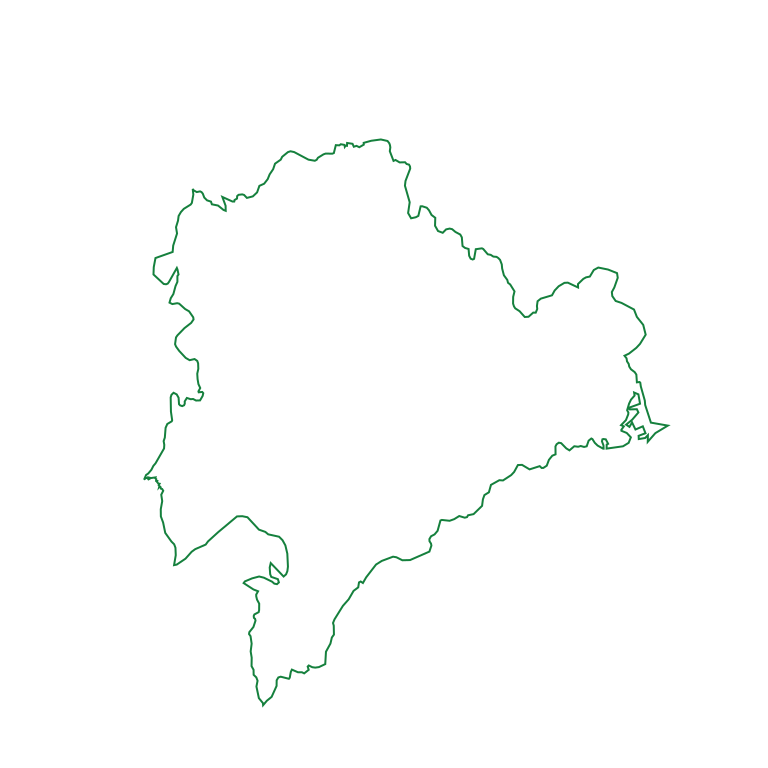 Betioky Atsimo, Atsimo-Andrefana, Madagascar (Robinson projection), rotated 338°
{"feature_id": "10022922B63491232053463", "entity_name": "Betioky Atsimo", "entity_type": "district", "adm_level": 2, "iso_a3": "MDG", "parent_name": "Madagascar", "parent_adm1": "Atsimo-Andrefana", "projection": "robinson", "projection_center": [44.506, -23.693], "detail": "fine", "context": "isolated", "style": "outline", "palette": "green", "viewbox_px": 768, "rotation_deg": 338, "n_neighbors": 0, "source": "geoboundaries", "source_scale": "gbopen_adm2", "svg_char_len": 6166}
<svg xmlns="http://www.w3.org/2000/svg" viewBox="0 0 768 768"><g transform="rotate(338 384 384)"><path d="M440.1,146.7L438.9,149.3L437.6,148.7L436.5,149.4L436.9,147.5L435.5,146.6L433.7,145.5L432.0,146.0L428.8,144.5L424.0,151.1L422.4,151.1L416.2,148.5L413.9,148.4L407.5,149.5L405.6,150.9L403.5,151.1L398.0,147.7L387.6,135.3L384.5,133.2L381.8,133.0L374.7,135.2L372.3,137.3L365.5,138.9L361.7,143.3L356.5,146.8L352.9,150.5L347.9,153.4L342.7,153.6L338.1,158.8L332.7,160.9L326.6,160.1L325.1,156.3L323.6,155.1L320.0,154.1L318.2,154.8L317.2,157.0L314.4,157.4L313.5,158.7L311.9,158.1L304.2,150.0L303.9,159.4L302.1,164.1L300.4,162.5L297.0,156.4L291.7,152.9L291.9,150.1L288.7,147.4L287.2,143.8L287.3,139.6L286.7,137.7L285.6,136.5L282.3,135.9L280.1,133.2L279.7,131.5L278.2,136.9L273.7,144.1L272.0,145.2L264.0,146.6L260.1,148.5L256.5,151.3L254.2,155.4L249.9,160.7L248.5,166.9L240.4,176.7L237.5,182.4L219.3,181.6L214.3,189.4L211.3,196.1L217.2,208.7L219.3,209.9L221.1,209.9L222.9,208.8L235.4,198.8L235.4,200.6L234.5,205.5L232.9,206.5L230.7,211.9L227.4,215.1L222.4,221.7L218.4,224.6L215.6,228.2L217.7,230.6L222.5,231.6L224.2,232.8L227.7,240.0L230.5,243.6L232.1,250.7L231.6,252.8L228.1,255.1L220.0,257.4L210.7,261.5L208.6,262.9L205.2,268.8L205.2,271.4L206.5,276.6L209.9,285.5L212.7,289.1L217.7,289.9L219.5,292.6L219.4,295.2L217.5,300.4L214.7,304.5L213.0,309.6L211.9,314.6L212.1,318.9L209.2,321.3L209.1,322.3L212.5,323.3L213.0,324.8L211.4,327.1L207.3,330.3L203.5,328.9L201.4,326.4L199.1,325.7L196.0,323.1L192.7,325.5L191.9,327.6L190.7,328.8L188.6,328.9L186.9,327.4L186.4,325.9L188.4,319.8L187.9,316.0L185.6,313.3L182.9,314.4L181.2,316.5L176.1,329.8L174.0,338.3L173.2,339.1L168.1,339.9L165.1,342.8L160.7,351.6L158.3,354.4L157.5,358.1L155.9,361.4L142.4,372.0L139.5,373.5L136.2,376.4L131.8,378.7L129.4,379.2L125.7,382.8L128.1,381.9L129.5,382.7L129.9,384.2L131.0,384.1L130.9,382.6L132.7,383.9L137.2,385.0L136.6,385.7L137.2,386.9L136.4,388.4L137.5,389.0L136.9,389.8L137.5,391.8L138.5,392.4L137.2,393.4L137.6,394.4L136.8,395.5L137.7,395.1L138.2,395.8L138.0,397.5L139.0,398.3L139.3,400.3L136.0,403.2L134.5,409.5L130.1,416.5L127.5,423.2L127.3,429.7L125.4,440.1L127.9,450.5L129.4,454.0L129.3,457.7L126.8,464.7L121.5,473.3L124.2,473.8L134.5,471.6L142.8,467.5L147.1,466.4L158.5,466.1L161.9,464.0L174.9,459.2L198.1,451.7L203.1,453.5L207.5,456.4L213.5,472.2L218.6,476.7L220.3,480.0L229.5,486.3L231.4,490.8L232.1,496.7L230.8,505.1L226.5,517.4L224.3,521.3L221.9,523.8L218.8,524.9L211.9,507.6L209.3,511.3L207.2,517.8L207.2,520.6L212.5,525.2L212.2,528.6L209.8,529.5L207.5,528.0L206.2,525.4L200.1,518.6L196.1,515.7L188.9,514.8L181.1,514.9L179.3,516.0L186.0,525.6L189.6,529.0L186.6,531.4L186.0,533.0L185.5,536.3L186.0,540.9L183.5,546.9L182.3,548.6L177.5,549.1L176.3,550.3L175.8,552.1L176.5,553.5L176.2,555.3L171.9,560.4L166.2,563.6L165.2,565.3L165.8,567.8L164.0,575.2L160.2,582.0L158.8,588.2L155.5,596.0L156.0,600.1L154.2,604.8L155.7,608.2L155.6,611.8L152.4,616.7L150.3,628.4L152.2,634.5L151.6,636.5L156.7,633.8L162.6,632.0L171.3,623.7L173.5,618.5L176.1,616.5L178.6,616.7L185.4,621.7L186.6,621.0L189.7,616.1L191.6,614.3L196.2,619.0L199.9,620.5L201.6,622.4L207.1,620.8L207.4,617.4L208.8,616.8L211.4,619.7L214.0,621.2L217.6,622.1L224.6,621.7L229.9,610.5L237.1,604.6L240.7,599.5L243.7,597.6L246.9,589.2L247.2,586.5L249.9,583.7L262.8,574.3L270.6,570.4L278.3,564.4L283.9,562.9L286.5,558.6L288.4,558.4L289.9,560.6L295.0,556.6L309.0,548.4L315.7,547.2L327.7,547.5L330.6,549.3L335.0,554.3L342.2,557.0L363.3,556.4L367.4,551.6L367.8,549.6L367.3,546.8L368.0,544.8L370.6,542.8L374.5,542.4L378.7,540.2L385.2,531.7L386.7,531.7L393.6,535.4L398.5,535.6L404.3,534.6L408.8,538.2L411.1,538.5L412.8,537.2L418.3,538.2L429.3,533.7L432.5,528.0L435.5,524.6L440.7,523.7L445.4,517.6L454.9,516.4L458.2,518.0L467.8,516.1L471.7,514.3L477.8,509.3L481.7,510.7L487.0,517.7L497.6,518.5L498.7,520.9L500.3,521.5L504.3,520.7L508.5,516.1L513.2,513.5L516.7,513.5L519.6,506.1L521.5,504.5L524.1,503.9L526.1,505.2L528.9,512.0L531.1,515.0L537.1,513.0L540.5,514.9L543.2,515.2L545.9,517.3L548.6,517.7L552.5,513.2L555.8,512.2L556.6,513.1L557.4,517.5L559.0,521.1L562.9,526.0L563.4,526.2L564.5,523.1L564.6,518.8L565.8,517.1L566.8,517.2L568.9,518.4L569.4,523.4L567.8,523.6L566.2,527.3L582.3,531.3L588.8,530.2L592.9,525.9L590.7,520.3L586.6,516.3L586.9,515.4L590.5,513.1L588.4,511.0L594.8,508.1L599.1,503.6L599.9,502.0L599.6,499.4L603.9,494.0L607.2,491.0L612.0,488.6L612.7,485.6L616.0,488.9L614.0,498.2L602.6,497.8L601.7,498.5L602.3,499.6L609.0,502.1L609.2,505.7L600.7,510.1L593.3,512.4L595.5,515.7L599.6,512.6L600.1,520.4L608.1,520.2L608.0,527.6L600.7,527.4L599.6,530.5L605.9,531.9L609.5,530.3L606.9,536.4L617.2,531.2L631.6,528.9L617.0,519.8L618.3,501.3L619.6,497.1L621.2,482.5L622.1,478.8L621.7,477.9L619.1,477.2L621.5,469.8L620.9,466.9L618.5,462.9L617.9,459.7L618.4,457.1L617.8,454.0L618.5,451.1L617.6,447.9L622.5,447.6L631.5,445.0L636.4,442.7L645.1,436.3L646.5,426.3L643.6,416.5L643.7,408.6L634.6,397.8L629.9,393.8L628.6,388.0L629.7,384.1L633.7,380.8L640.5,373.1L641.6,368.5L634.6,361.8L626.3,356.3L621.2,356.9L615.1,361.5L611.3,360.8L608.2,361.2L601.3,364.0L600.1,367.2L592.4,358.9L589.2,357.8L582.6,358.8L577.3,361.2L573.0,364.7L561.4,363.6L557.4,364.8L555.0,369.0L554.2,371.8L551.4,374.7L549.1,373.7L543.2,375.8L539.6,374.6L537.0,367.3L534.0,363.0L533.6,360.7L533.8,357.8L536.4,351.6L539.7,347.0L538.3,339.0L536.9,336.6L537.3,333.7L535.9,328.1L536.8,321.2L538.0,317.2L538.1,312.4L537.2,310.1L536.0,308.3L533.1,306.8L531.3,304.2L528.8,302.6L526.6,296.0L525.6,294.9L519.6,293.4L514.4,301.7L512.9,301.8L511.3,300.3L511.0,297.0L513.0,290.5L510.1,288.2L508.5,285.5L511.1,277.2L510.7,274.0L507.2,269.8L505.2,266.0L503.1,264.5L499.5,263.9L495.1,265.8L491.4,262.4L490.6,256.4L493.8,249.1L491.4,245.1L490.8,239.8L489.7,236.6L486.0,233.5L484.5,233.0L478.8,241.0L475.9,241.3L471.2,240.5L470.4,234.5L475.9,225.1L477.7,208.0L480.0,203.8L489.0,194.1L489.6,192.1L489.4,190.0L487.4,188.5L486.6,186.3L481.5,184.4L478.6,180.6L476.4,180.7L476.6,170.3L478.5,167.0L479.0,164.8L479.1,162.8L478.3,160.0L472.7,156.1L463.3,153.7L455.5,152.8L454.9,154.5L449.8,155.2L447.7,152.9L444.9,152.7L444.8,149.5L440.1,146.7Z" fill="none" stroke="#15803d" stroke-width="2"/></g></svg>